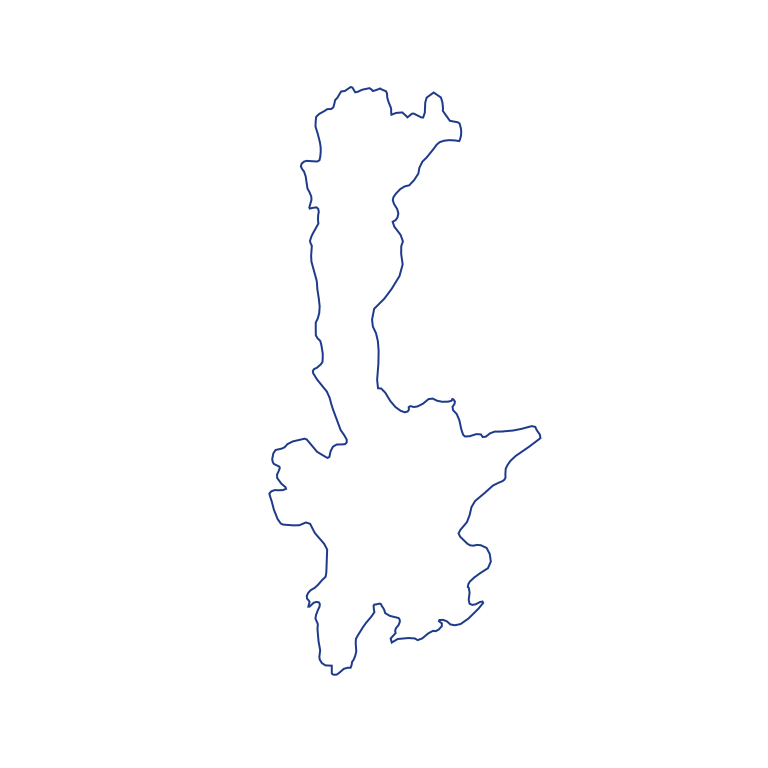 the border of Laos, rotated 213°
{"feature_id": "LAO", "entity_name": "Laos", "entity_type": "country or territory", "adm_level": 0, "iso_a3": "LAO", "parent_name": "Asia", "parent_adm1": "", "projection": "natural_earth1", "projection_center": [103.796, 18.208], "detail": "fine", "context": "isolated", "style": "outline", "palette": "blue", "viewbox_px": 768, "rotation_deg": 213, "n_neighbors": 0, "source": "natural_earth", "source_scale": "50m", "svg_char_len": 4846}
<svg xmlns="http://www.w3.org/2000/svg" viewBox="0 0 768 768"><g transform="rotate(213 384 384)"><path d="M289.6,119.9L292.5,125.9L298.8,132.6L306.3,142.2L308.7,146.6L313.8,150.0L315.2,153.3L316.3,158.4L316.8,162.2L318.0,164.5L319.7,165.4L322.0,164.4L323.8,162.3L325.2,156.7L326.2,156.1L327.7,160.7L329.4,161.5L331.6,162.1L333.3,164.1L333.8,167.6L333.2,171.2L331.1,175.2L330.0,179.4L329.1,185.9L328.0,190.5L329.7,194.5L341.5,214.2L347.2,217.4L360.7,221.3L365.5,224.0L369.8,226.5L374.1,225.3L378.1,219.4L383.0,216.1L392.1,211.1L394.7,210.8L399.7,212.8L408.0,218.7L414.0,224.2L417.6,227.1L420.5,229.7L420.0,232.7L417.8,235.6L414.9,237.2L411.1,239.9L409.0,242.7L410.3,243.8L415.8,244.5L422.4,247.0L424.4,249.9L424.7,252.4L425.5,256.5L426.7,257.7L432.8,257.0L434.7,257.9L436.8,260.0L439.0,265.5L439.0,269.6L434.6,274.1L432.9,276.8L432.2,281.1L429.1,286.3L420.8,294.9L418.6,295.4L403.2,290.7L396.1,290.9L392.7,291.1L391.0,291.3L390.1,293.1L392.1,298.3L392.7,303.5L390.8,307.4L385.7,310.9L383.8,312.5L383.5,314.8L385.0,317.1L389.7,319.5L395.2,321.7L413.2,335.1L417.1,338.3L422.2,342.9L427.8,346.5L442.6,351.3L449.2,354.4L450.8,356.2L450.8,358.4L449.1,361.1L447.7,366.0L447.6,368.9L449.2,371.8L451.8,376.0L457.7,382.5L460.9,385.4L464.5,386.1L467.6,387.6L470.9,392.5L474.7,398.4L475.2,402.6L476.8,407.9L480.2,414.0L485.0,419.9L491.6,427.3L495.4,432.4L497.2,434.4L511.4,447.0L514.8,451.6L519.8,460.6L522.0,461.9L524.0,463.6L525.3,468.5L525.7,472.1L526.4,482.8L529.0,486.0L531.3,490.0L532.4,492.8L534.5,495.0L536.8,495.4L539.6,493.0L541.8,490.7L542.8,491.4L545.1,498.9L547.2,501.7L551.0,504.3L554.7,506.3L562.7,515.4L566.9,518.7L569.8,519.7L572.3,521.3L573.1,524.1L572.1,527.1L570.4,529.0L561.2,534.2L560.0,536.5L561.3,540.0L563.6,544.4L566.1,548.1L569.4,551.8L575.9,557.8L581.6,562.5L584.7,567.7L586.4,571.1L585.4,575.3L583.0,579.8L581.2,583.7L578.0,585.9L577.2,588.5L578.5,592.6L579.6,595.4L579.0,598.8L579.3,605.9L576.4,608.5L573.7,614.9L571.9,615.4L567.1,613.0L565.5,614.3L562.5,619.0L557.3,624.2L554.8,624.2L553.0,623.6L551.0,625.8L548.1,629.8L546.7,629.7L541.7,630.6L539.7,629.3L537.3,626.0L533.3,622.6L529.7,620.2L527.8,618.6L526.0,615.8L524.4,613.9L521.5,617.9L516.6,621.7L511.9,621.0L509.6,620.4L507.7,626.0L506.3,627.0L497.9,627.9L496.3,628.8L497.6,633.9L502.7,642.5L504.2,647.4L501.1,655.5L492.3,655.3L488.4,652.0L484.7,647.4L483.4,645.1L472.1,640.6L464.6,643.7L462.4,643.6L458.8,640.3L456.7,637.8L454.6,634.1L453.4,630.3L453.3,628.6L456.6,627.2L461.9,624.2L466.2,620.7L469.1,617.0L470.2,613.2L470.4,608.7L471.6,597.2L472.9,591.5L472.1,584.6L469.8,579.2L469.8,571.0L470.6,567.1L471.0,564.4L474.2,561.1L476.5,556.4L477.7,550.2L477.8,545.7L476.8,543.0L473.6,540.4L468.2,537.9L464.8,534.8L463.4,531.0L463.5,527.7L465.1,524.8L461.1,521.6L451.3,518.1L445.8,513.9L444.6,509.0L440.5,502.5L433.5,494.5L429.8,483.0L429.4,468.0L430.2,455.8L433.2,441.7L429.1,431.5L424.6,426.1L418.3,422.2L412.4,416.5L406.7,409.1L399.9,398.2L392.0,383.7L386.7,377.2L383.9,378.7L378.2,377.4L369.5,373.2L361.9,370.9L355.4,370.6L351.2,371.6L349.2,373.8L349.1,376.0L350.7,378.1L349.8,379.8L346.4,381.0L343.7,383.4L340.6,388.7L338.4,395.6L335.2,398.3L330.2,398.9L325.3,400.9L320.5,404.2L318.2,406.8L318.5,408.6L317.4,408.9L315.1,408.0L314.0,405.7L314.1,402.1L311.7,399.6L306.6,398.4L300.9,394.5L294.4,388.0L290.0,384.5L287.5,384.1L283.9,386.7L279.2,392.3L275.3,394.5L272.3,393.3L269.9,395.3L268.2,400.4L265.2,404.4L258.5,408.8L258.1,409.3L250.5,415.2L244.3,421.2L237.2,429.1L233.8,430.4L230.6,428.4L225.8,426.5L223.3,423.8L228.2,410.3L234.4,395.3L236.1,388.4L236.3,383.3L235.8,379.3L233.4,375.0L231.1,371.6L230.9,369.4L231.7,367.1L234.1,363.6L237.3,358.3L240.3,347.2L243.9,335.5L243.6,328.4L240.8,320.7L239.2,313.3L240.5,303.3L240.1,299.3L237.0,297.4L226.9,295.4L223.7,295.7L221.1,297.0L218.4,299.7L215.0,301.5L208.7,302.4L202.7,299.0L197.7,293.3L196.5,286.2L200.3,277.8L202.9,271.0L204.4,265.1L204.3,262.3L203.2,259.4L201.7,259.1L198.5,255.5L195.4,249.1L192.5,246.3L189.7,246.8L187.1,249.2L184.8,253.4L182.9,255.2L181.6,254.4L182.0,250.7L182.4,247.1L185.4,233.4L189.0,224.4L193.1,220.3L197.4,218.5L202.0,219.2L205.9,218.4L209.0,216.2L208.7,215.0L205.0,214.7L203.6,212.3L204.4,207.8L206.0,204.9L208.5,203.6L211.0,199.1L213.4,191.4L216.3,187.5L219.6,187.4L225.4,184.1L233.6,177.6L236.7,171.4L239.8,174.2L238.6,181.5L240.2,183.0L241.0,185.6L240.5,189.7L241.2,193.2L242.4,194.8L244.2,195.7L252.9,192.7L258.2,192.5L260.4,194.4L262.4,195.6L264.9,196.6L266.8,197.8L268.1,197.4L271.0,194.4L271.9,193.9L272.0,192.4L269.9,189.7L267.8,187.4L267.9,182.3L269.0,173.5L269.2,168.9L269.0,158.0L268.7,154.9L266.7,151.4L261.6,144.6L260.1,140.4L259.3,136.3L259.4,133.6L258.1,130.6L257.5,127.8L259.8,126.4L262.6,123.2L264.0,118.2L265.3,114.6L267.3,113.1L268.9,112.5L270.1,112.8L274.4,119.3L279.9,116.1L284.1,116.1L287.7,117.8L289.6,119.9Z" fill="none" stroke="#1e3a8a" stroke-width="2"/></g></svg>